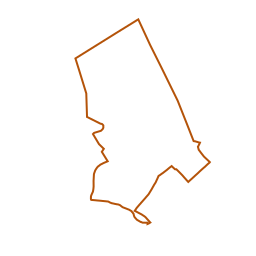 Azaal, Amanat Al Asimah, Yemen (Robinson projection), rotated 247°
{"feature_id": "15242507B23052795902995", "entity_name": "Azaal", "entity_type": "district", "adm_level": 2, "iso_a3": "YEM", "parent_name": "Yemen", "parent_adm1": "Amanat Al Asimah", "projection": "robinson", "projection_center": [44.226, 15.356], "detail": "fine", "context": "isolated", "style": "outline", "palette": "amber", "viewbox_px": 256, "rotation_deg": 247, "n_neighbors": 0, "source": "geoboundaries", "source_scale": "gbopen_adm2", "svg_char_len": 2779}
<svg xmlns="http://www.w3.org/2000/svg" viewBox="0 0 256 256"><g transform="rotate(247 128 128)"><path d="M62.8,126.4L63.7,127.5L64.6,128.7L64.8,129.0L65.2,129.4L67.1,132.2L68.7,133.9L69.2,134.5L70.5,135.9L71.0,136.4L72.0,137.5L72.1,138.6L72.4,139.9L72.8,141.5L72.8,142.0L72.9,142.3L74.0,146.5L74.1,147.0L74.7,148.9L75.0,149.9L75.4,151.2L75.5,151.8L75.9,153.3L74.2,154.0L73.8,154.2L71.7,155.1L71.4,155.6L71.1,156.4L70.6,156.6L68.7,157.4L66.2,158.4L63.4,159.5L60.0,160.6L58.3,161.2L57.3,161.5L54.8,162.4L55.5,164.3L56.3,166.6L56.4,167.0L57.0,168.6L57.5,170.1L57.8,170.8L58.0,171.5L58.2,172.0L58.6,173.2L59.2,174.9L59.6,176.0L59.8,176.4L61.0,179.8L61.4,181.0L62.0,182.8L62.1,183.3L62.9,185.4L63.1,186.0L63.3,186.4L63.8,187.9L64.3,189.5L64.6,190.0L65.1,189.8L67.8,188.6L68.7,188.2L71.2,187.1L71.9,186.8L72.5,186.6L74.1,186.2L74.4,186.1L75.9,185.7L76.3,185.6L77.3,185.3L77.6,185.3L80.3,184.6L82.3,184.9L83.2,185.0L83.5,185.1L83.7,185.5L84.6,186.5L85.5,187.6L86.4,188.5L86.8,187.9L87.4,187.1L87.8,186.7L88.3,186.1L88.9,185.3L89.4,184.8L89.9,183.9L90.3,183.3L108.3,183.8L112.7,183.9L133.6,184.4L170.2,182.4L196.0,180.8L224.0,179.9L220.1,154.5L212.6,106.8L200.4,105.6L176.1,103.1L154.2,94.6L142.9,104.2L142.7,104.4L141.9,105.6L140.8,106.1L140.0,106.3L137.9,105.4L136.9,104.3L136.0,102.0L136.7,95.5L136.7,94.7L136.1,93.4L124.5,95.0L118.3,97.6L116.3,94.6L105.3,96.3L105.3,92.4L105.3,91.5L105.2,90.8L105.1,89.0L105.1,88.4L104.6,86.8L104.4,85.7L103.9,84.5L103.5,83.8L102.8,82.7L101.8,81.3L101.6,81.1L100.3,79.9L100.1,79.7L99.2,78.9L98.8,78.6L92.5,75.5L92.2,75.4L87.6,73.5L85.9,72.6L84.7,71.9L84.1,71.5L83.2,70.9L82.6,70.3L81.9,69.5L81.6,69.2L81.0,68.5L79.6,67.2L79.0,67.0L78.5,66.7L77.6,66.3L76.7,66.0L76.3,66.0L76.1,66.2L75.0,68.3L74.6,69.0L74.1,70.0L73.9,70.3L71.5,74.8L71.2,75.3L69.4,78.6L68.9,79.5L68.5,80.2L68.2,80.8L67.9,81.2L66.6,82.2L66.1,82.6L65.7,83.1L65.2,83.5L65.0,83.9L64.6,84.4L64.2,85.0L63.1,86.5L62.6,87.3L62.4,87.5L61.7,88.7L61.3,89.3L60.5,90.1L60.1,90.5L59.7,90.7L57.7,91.8L57.1,92.2L56.9,92.4L54.4,95.0L54.2,95.2L53.1,96.3L52.9,96.5L52.7,96.8L52.3,97.1L51.5,97.7L50.0,98.8L49.4,98.8L48.1,99.3L47.7,99.3L47.1,99.6L46.1,99.4L44.4,99.2L44.1,99.2L43.6,99.2L41.9,99.7L41.4,99.9L40.8,100.1L40.4,100.2L40.0,100.4L38.9,101.2L38.3,101.7L38.1,101.8L36.5,103.0L36.4,103.3L35.2,104.4L35.0,104.8L33.9,107.3L33.5,108.4L33.3,108.8L32.4,108.7L32.0,108.5L32.0,108.9L32.0,109.2L32.0,109.6L32.3,111.6L33.1,111.3L34.9,110.7L36.3,110.2L39.0,109.3L39.4,109.1L39.8,108.9L40.8,108.3L42.4,107.2L43.1,106.8L43.8,106.2L46.0,104.4L47.5,103.2L49.1,101.8L49.8,102.9L51.0,104.7L53.1,108.9L53.7,110.3L54.0,110.7L54.6,112.1L55.1,113.1L56.1,115.2L56.8,116.7L57.1,117.2L57.9,118.9L58.5,120.1L58.8,120.8L59.7,122.1L60.5,123.2L61.2,124.2L62.8,126.4Z" fill="none" stroke="#b45309" stroke-width="2"/></g></svg>